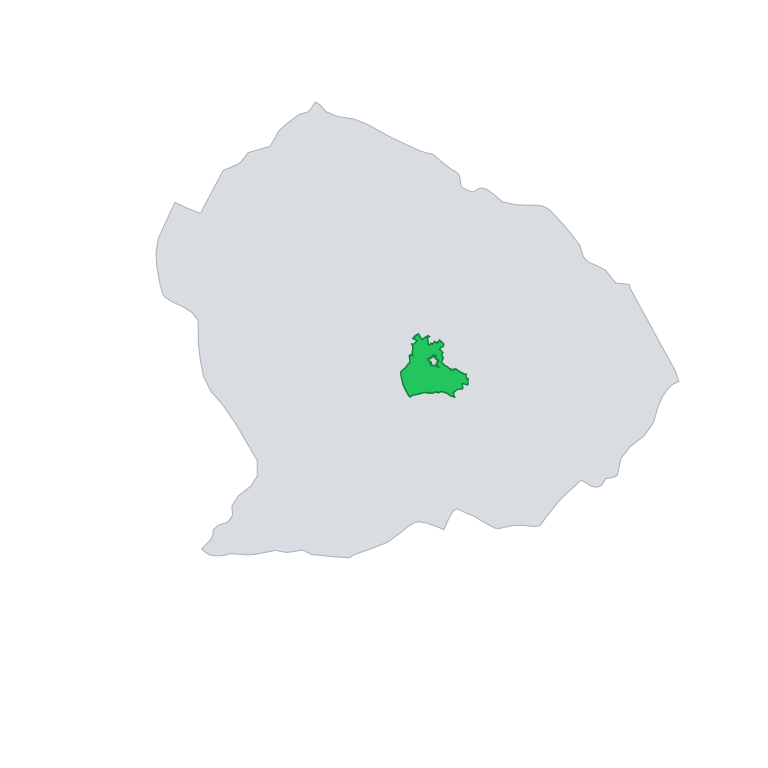 location of Gweru, Midlands, Zimbabwe, rotated 295°
{"feature_id": "62879985B38074336306054", "entity_name": "Gweru", "entity_type": "district", "adm_level": 2, "iso_a3": "ZWE", "parent_name": "Zimbabwe", "parent_adm1": "Midlands", "projection": "equal_earth", "projection_center": [29.6, -19.532], "detail": "fine", "context": "in_parent", "style": "filled", "palette": "green", "viewbox_px": 768, "rotation_deg": 295, "n_neighbors": 0, "source": "geoboundaries", "source_scale": "gbopen_adm2", "svg_char_len": 7314}
<svg xmlns="http://www.w3.org/2000/svg" viewBox="0 0 768 768"><g transform="rotate(295 384 384)"><path d="M511.0,650.2L505.7,645.8L498.5,642.9L489.4,641.6L477.5,642.1L462.9,644.6L447.2,641.6L430.5,633.3L416.6,630.3L400.0,633.9L399.3,634.0L396.4,631.2L391.8,625.1L384.3,624.0L382.2,622.6L380.5,620.3L379.4,617.5L379.0,614.2L380.2,604.2L379.5,603.1L377.5,601.9L373.3,600.7L363.3,596.1L350.8,591.7L330.3,586.9L322.4,585.6L320.6,584.1L318.3,580.4L314.3,568.9L310.6,561.2L301.8,549.5L300.3,545.8L300.7,536.5L301.3,528.9L302.3,522.5L301.8,516.5L301.7,509.0L301.9,504.0L300.7,501.8L297.5,500.3L288.4,499.6L277.4,499.9L277.0,492.3L275.9,480.6L273.8,473.8L271.3,470.3L266.2,466.6L255.9,461.6L241.9,453.9L229.9,442.6L216.1,428.5L211.9,426.1L206.7,412.8L198.8,390.1L199.3,382.5L198.1,378.8L190.5,367.7L188.8,361.9L187.4,356.0L175.4,339.6L171.3,332.5L168.1,323.3L165.0,315.9L162.3,313.0L158.9,308.0L156.5,302.3L155.4,298.0L156.2,292.3L157.3,288.4L168.7,292.5L174.9,292.8L179.8,290.8L185.8,293.5L193.0,300.9L200.8,302.3L209.3,297.7L220.7,299.1L235.1,306.5L247.0,308.0L261.2,301.4L273.7,283.2L285.5,266.1L297.2,246.3L304.2,230.3L314.5,217.3L328.2,207.3L342.1,198.8L363.4,188.4L367.6,179.8L369.0,170.5L369.0,157.5L370.1,149.0L372.3,145.2L375.9,142.2L380.4,138.3L394.5,128.4L406.3,122.0L420.6,117.9L436.3,117.8L451.4,117.8L460.1,117.8L460.2,130.3L460.8,144.4L462.5,145.8L473.9,146.1L492.1,147.1L509.7,148.0L520.9,158.3L524.6,160.4L536.3,163.2L551.2,180.2L569.1,181.8L581.4,187.1L592.2,193.0L598.4,200.0L602.5,201.6L607.9,202.1L610.6,202.7L610.0,207.8L606.3,216.3L606.7,228.5L611.6,245.5L612.2,260.2L610.5,286.2L610.3,311.3L610.8,320.2L611.6,326.2L612.6,329.4L612.4,333.1L609.4,343.6L606.9,354.7L606.8,359.1L605.8,362.3L604.0,365.0L596.2,370.1L594.9,373.3L594.9,379.0L595.8,383.8L598.7,385.6L602.2,388.3L603.6,391.9L603.6,395.7L602.4,402.7L599.2,414.3L602.2,427.6L605.7,436.3L610.4,446.3L612.3,452.4L612.2,456.9L611.5,461.2L604.1,479.4L598.9,490.7L592.4,502.9L584.0,510.5L581.8,514.1L580.9,518.3L581.2,527.4L580.7,536.9L573.5,551.5L577.9,564.0L576.8,565.2L574.4,567.0L564.1,581.1L553.6,595.3L545.9,605.8L537.2,617.6L527.5,630.9L519.2,642.2L511.0,650.2Z" fill="#d9dde1" stroke="#a8b0b8" stroke-width="1"/><path d="M391.4,421.5L391.8,421.8L392.0,422.0L392.1,422.3L392.1,422.5L392.2,422.9L392.6,423.2L392.8,423.5L392.8,423.8L392.9,424.0L393.1,424.1L393.3,424.2L393.7,424.9L393.8,425.0L394.2,425.6L394.2,426.1L394.2,426.6L394.3,427.2L394.2,427.5L394.3,428.2L394.5,428.4L394.9,428.4L395.1,428.8L395.4,428.8L395.4,429.0L395.1,429.4L395.1,429.6L395.4,430.1L395.8,430.5L395.8,430.9L395.8,431.0L396.1,431.2L396.3,431.6L396.3,432.0L396.3,432.3L396.5,432.3L397.0,432.6L397.4,432.9L397.5,432.9L397.7,433.0L397.9,433.3L398.0,433.3L398.7,434.2L398.5,434.3L398.7,434.6L398.8,434.8L398.8,435.0L398.7,435.1L398.7,435.3L398.9,435.4L399.0,435.7L398.9,435.8L398.9,436.1L398.9,436.3L398.9,436.5L399.0,436.7L399.0,436.9L399.1,437.1L399.3,437.0L399.5,437.0L399.7,437.6L399.9,437.8L400.4,438.0L400.6,438.3L400.8,438.3L400.9,438.5L401.2,438.6L401.3,438.7L401.3,438.8L401.2,438.9L401.3,439.0L401.3,439.3L401.5,439.5L401.5,439.8L401.5,440.0L401.4,440.1L401.4,440.3L401.6,440.5L401.6,440.8L401.9,441.2L402.0,441.4L402.0,441.8L402.0,442.1L401.8,442.5L401.9,442.9L402.0,442.9L402.1,442.7L402.4,442.9L402.6,443.2L402.6,443.4L402.2,443.6L402.2,443.8L402.3,443.9L402.3,444.0L402.2,444.1L402.2,444.4L402.1,444.5L402.1,445.2L402.0,446.8L402.0,447.2L401.4,448.1L401.4,450.0L401.8,452.6L402.0,453.5L403.9,451.7L405.5,450.4L407.2,451.5L408.1,451.6L408.9,452.2L409.6,452.5L410.7,453.4L411.9,455.9L412.8,457.2L413.3,457.2L414.0,457.0L416.1,455.5L416.7,455.1L417.6,454.9L418.0,456.8L418.4,459.9L418.5,460.2L418.8,460.2L419.4,460.2L419.8,460.1L421.9,458.8L424.5,458.0L423.9,456.3L426.8,454.6L427.5,454.2L427.3,454.1L427.1,454.2L427.2,453.7L426.9,453.6L426.8,453.3L426.8,452.1L427.0,452.1L427.0,451.9L426.9,451.9L426.7,451.7L427.0,451.4L427.1,450.7L427.2,450.4L427.0,450.0L427.1,449.8L427.1,449.7L426.8,449.5L427.0,448.9L427.1,448.2L427.3,447.6L427.3,447.3L427.3,447.1L427.3,446.9L427.2,446.8L427.3,446.2L427.1,446.2L427.2,445.8L427.3,445.7L427.5,445.2L427.6,444.8L427.6,444.7L427.8,444.6L427.8,444.1L427.7,443.9L427.9,443.7L427.8,443.3L427.8,443.2L428.0,442.9L428.1,442.7L427.9,442.6L427.7,442.4L427.6,442.2L427.5,441.8L427.4,441.7L427.2,441.7L426.9,441.6L426.7,441.5L426.8,441.2L426.7,441.0L426.6,440.8L426.7,440.6L426.4,440.5L426.2,440.5L425.9,440.4L425.7,440.4L425.4,440.4L425.4,440.2L425.5,440.1L425.5,439.9L425.5,439.7L425.8,439.2L425.7,439.1L425.6,438.9L425.6,438.7L425.4,438.7L425.3,438.4L425.2,438.3L425.1,438.2L425.3,437.9L425.9,437.7L425.6,436.6L425.8,436.1L425.9,435.8L426.5,433.8L426.3,431.8L427.2,429.2L427.3,428.7L427.6,428.1L427.6,427.8L427.9,427.0L430.9,426.7L432.7,426.8L433.7,425.1L436.0,423.6L437.4,424.2L438.3,421.9L438.9,419.7L441.1,420.2L441.5,420.5L441.7,420.8L442.6,421.6L443.6,421.6L444.8,421.7L445.6,421.0L445.8,420.6L446.2,419.6L446.2,417.8L446.7,417.8L447.3,415.7L446.5,415.7L446.3,415.6L445.4,415.2L444.0,414.4L443.8,414.7L443.8,414.9L443.2,414.8L444.0,411.8L440.7,411.1L440.8,409.3L438.6,409.3L438.5,407.1L438.8,407.1L440.1,406.9L440.6,406.0L443.1,404.9L444.3,403.4L446.1,405.2L446.4,403.3L445.4,402.7L443.9,401.7L440.2,399.5L441.0,398.4L441.8,397.2L442.9,395.7L444.1,394.0L443.3,393.5L443.1,393.3L442.8,393.4L442.6,393.3L442.4,393.0L442.4,392.9L442.4,392.6L441.9,392.4L441.7,392.5L441.6,392.3L441.4,392.2L441.2,392.1L440.9,391.9L440.8,391.7L440.7,391.7L440.3,391.7L440.2,391.6L439.8,391.7L439.6,391.6L439.4,391.4L439.3,391.5L439.2,391.9L439.0,391.7L438.9,391.7L438.6,391.7L438.4,391.6L438.2,391.5L438.1,391.4L438.2,391.0L438.1,390.9L437.8,390.9L437.5,390.8L437.4,391.0L437.4,395.7L436.5,395.4L435.8,395.2L434.9,394.9L434.5,394.7L432.8,394.2L432.0,392.3L429.9,394.3L428.2,395.1L428.3,395.3L427.1,395.5L424.5,396.2L422.1,398.0L421.9,395.8L420.9,396.2L420.5,394.9L417.3,396.9L414.5,398.3L413.3,397.8L410.1,396.9L409.7,396.9L408.6,396.9L407.8,396.5L407.3,396.4L407.1,396.2L405.3,395.4L402.2,394.1L399.1,395.6L392.4,400.8L391.7,401.3L388.6,404.9L385.5,408.9L385.1,409.4L383.6,411.9L383.2,413.1L383.6,413.3L383.9,413.5L384.2,413.7L384.7,414.2L384.9,414.3L385.2,414.3L385.3,414.3L385.6,414.4L385.9,414.6L386.1,414.6L386.5,414.8L386.9,415.3L386.9,415.5L386.9,415.8L387.1,416.1L387.2,416.7L387.3,417.0L388.0,417.8L388.4,418.1L388.6,418.3L388.7,418.5L389.1,418.9L389.2,419.6L389.3,419.8L389.5,420.0L389.8,419.9L390.0,420.0L390.1,420.3L390.3,420.5L390.5,420.7L390.6,421.1L390.8,421.3L391.1,421.5L391.4,421.5ZM425.3,413.0L425.7,414.0L426.5,414.5L426.2,415.1L426.3,415.2L426.5,415.2L426.8,414.9L427.1,415.3L427.3,415.0L427.8,415.5L428.4,415.3L428.6,415.6L428.5,415.9L428.5,416.0L428.4,416.2L429.0,416.7L429.5,416.1L429.8,416.3L430.7,416.7L430.9,416.4L431.6,417.0L430.5,417.7L431.7,418.9L431.2,419.4L430.5,418.7L430.1,418.7L429.7,418.8L429.6,418.6L429.4,418.6L429.1,419.3L429.2,420.9L428.6,420.6L428.5,421.2L428.8,421.5L428.6,422.0L428.9,422.5L428.7,422.7L428.5,423.5L427.7,423.5L427.5,423.0L427.4,422.9L427.1,423.5L426.6,423.5L426.1,422.7L425.5,423.6L423.9,423.6L423.7,423.0L422.4,426.2L421.8,421.6L421.5,421.1L421.8,420.8L420.7,418.9L421.5,417.8L421.8,417.2L422.1,417.6L422.0,417.9L422.6,418.4L423.3,417.8L423.6,417.7L423.1,417.1L423.5,416.4L423.8,416.5L424.3,414.1L424.2,414.1L425.3,413.0Z" fill="#22c55e" stroke="#15803d" stroke-width="1.5"/></g></svg>